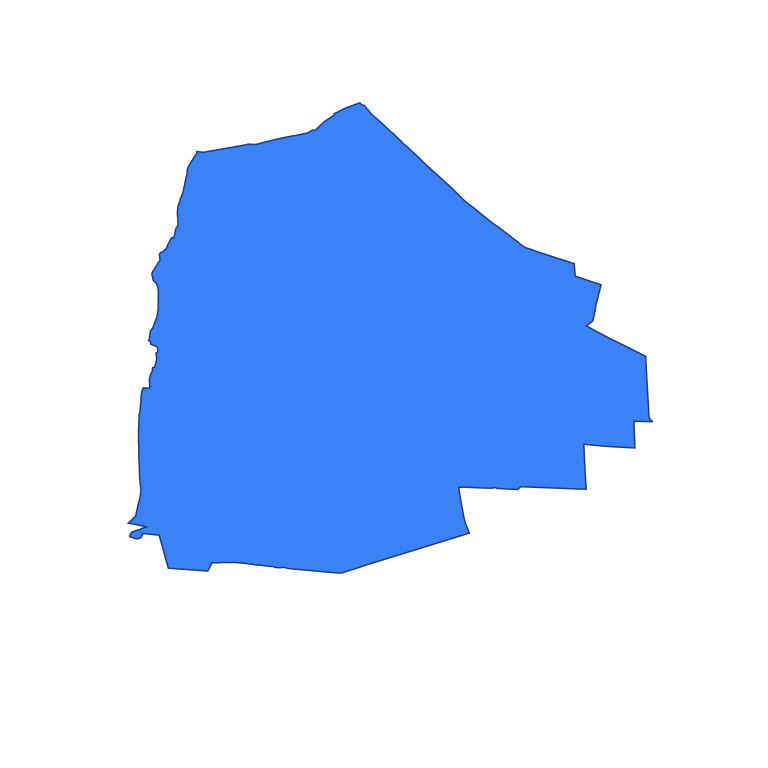 Valea Seaca, Iasi, Romania (Natural Earth projection), rotated 22°
{"feature_id": "2599482B61041984506388", "entity_name": "Valea Seaca", "entity_type": "district", "adm_level": 2, "iso_a3": "ROU", "parent_name": "Romania", "parent_adm1": "Iasi", "projection": "natural_earth1", "projection_center": [26.653, 47.286], "detail": "fine", "context": "isolated", "style": "filled", "palette": "blue", "viewbox_px": 768, "rotation_deg": 22, "n_neighbors": 0, "source": "geoboundaries", "source_scale": "gbopen_adm2", "svg_char_len": 6062}
<svg xmlns="http://www.w3.org/2000/svg" viewBox="0 0 768 768"><g transform="rotate(22 384 384)"><path d="M205.5,620.9L205.9,620.9L206.3,620.8L207.2,620.8L208.4,620.7L209.3,620.6L211.8,620.4L213.3,620.1L213.7,619.7L214.1,619.4L215.9,617.9L216.2,617.1L216.3,616.6L216.4,615.2L216.5,614.5L216.7,612.8L228.9,609.4L232.0,608.2L239.2,617.6L253.0,635.6L290.7,623.5L291.5,614.1L292.8,613.7L294.7,612.9L296.6,612.1L298.5,611.3L300.7,610.2L303.1,609.2L306.0,608.0L308.9,607.0L312.4,605.4L313.2,605.2L314.0,604.9L316.9,604.0L318.4,603.5L320.0,603.2L321.7,602.6L323.1,602.1L324.4,601.8L326.1,601.4L329.1,600.6L330.4,600.3L332.2,600.0L334.1,599.4L335.4,599.0L336.9,598.4L339.1,597.8L341.6,597.2L344.7,596.4L347.1,595.6L348.2,595.3L349.2,595.0L349.7,594.9L350.7,594.8L352.1,594.7L353.8,594.2L355.0,593.8L356.2,593.4L357.5,592.7L358.4,592.1L359.3,591.7L360.4,591.4L361.0,591.3L362.2,591.2L363.2,591.1L363.9,591.0L369.9,589.3L383.3,585.2L395.8,581.5L403.7,579.1L412.4,576.3L414.7,575.5L415.7,574.9L417.6,573.5L419.5,571.7L423.9,568.2L429.4,563.6L436.9,557.1L446.0,549.8L457.1,540.7L478.5,523.3L501.1,504.8L507.6,499.6L515.4,493.2L517.1,491.8L519.0,490.4L511.7,482.6L509.7,480.0L507.9,477.6L504.3,471.8L496.6,459.6L492.1,452.0L492.0,451.8L492.7,451.5L493.7,451.1L494.7,450.5L495.9,450.0L496.9,449.6L497.9,449.2L499.2,448.8L501.2,448.1L503.3,447.4L506.9,446.1L510.7,444.8L512.3,444.2L514.7,443.3L517.3,442.4L519.3,441.7L520.6,441.1L521.9,440.6L523.2,440.1L524.7,439.1L525.6,438.5L526.1,438.3L527.0,438.4L527.6,438.6L547.7,431.7L549.4,427.7L550.3,427.7L553.8,426.4L561.2,423.7L573.2,419.4L585.4,415.0L590.3,413.3L598.6,410.3L604.0,408.4L608.5,406.6L610.9,405.9L602.6,388.5L591.8,365.0L608.8,360.0L613.4,358.6L640.6,349.3L629.7,325.1L633.6,323.5L646.5,318.6L646.8,318.1L643.7,316.9L642.4,316.0L633.8,297.8L624.3,277.6L616.2,260.3L592.8,258.4L583.7,257.7L576.3,257.3L566.2,256.1L558.1,255.3L552.8,254.6L549.7,254.4L550.2,253.7L552.0,250.7L553.5,248.3L553.9,246.5L553.5,244.4L552.4,237.9L551.9,235.3L551.5,233.7L551.3,232.6L550.9,232.7L550.9,232.3L550.4,226.8L550.1,224.5L549.7,222.3L549.4,219.9L548.8,215.6L548.4,212.9L548.1,210.7L520.9,212.4L515.2,201.1L514.4,201.3L507.4,201.7L505.2,201.8L504.1,201.9L500.9,202.2L497.3,202.5L493.2,202.8L489.5,203.0L485.5,203.3L482.8,203.5L479.0,203.8L476.4,203.9L473.8,204.0L471.7,204.1L470.2,204.1L468.1,204.2L467.0,204.3L465.3,204.5L464.5,204.5L463.6,204.4L462.6,204.3L461.2,204.1L459.6,203.7L457.6,203.1L455.0,202.2L451.6,201.3L448.5,200.5L445.7,199.6L438.6,197.7L434.9,196.6L432.7,196.0L431.0,195.6L428.7,195.2L424.3,194.1L420.3,193.0L416.2,191.7L411.0,190.2L402.7,187.5L400.3,186.8L398.8,186.4L396.6,185.9L394.8,185.5L393.5,185.1L389.2,183.6L384.7,181.8L380.3,179.8L373.2,176.9L371.8,176.3L370.7,176.2L369.4,175.4L365.8,174.2L363.7,173.3L362.4,172.8L355.4,170.3L346.7,167.1L343.7,166.0L340.0,164.6L335.6,162.8L332.1,161.3L329.9,160.5L328.1,159.7L326.0,159.0L323.0,157.8L320.2,156.8L316.1,155.2L313.5,154.4L311.5,153.8L310.4,153.2L308.5,152.3L304.9,150.9L303.4,150.4L302.3,149.9L300.8,149.2L299.2,148.5L295.4,147.3L293.3,146.6L292.2,146.2L290.3,145.4L288.2,144.5L284.9,143.2L283.9,142.9L278.9,141.1L274.3,139.5L269.7,137.9L269.1,137.4L268.5,136.9L267.4,136.3L265.8,135.5L264.8,135.1L263.8,134.6L262.5,133.5L261.7,133.1L260.7,133.3L259.4,133.5L258.5,133.3L257.4,132.9L256.2,132.4L248.3,139.5L245.3,142.2L236.5,152.1L237.4,152.9L230.1,163.5L227.0,170.6L225.1,174.9L223.9,175.0L222.8,175.2L221.8,176.4L219.2,179.8L209.5,186.3L207.2,187.7L198.5,193.3L186.7,201.5L176.5,209.2L173.5,210.7L171.0,211.5L168.4,212.4L164.9,214.9L155.6,220.7L149.8,224.3L142.3,229.0L138.1,231.6L135.0,233.5L130.1,236.6L127.6,237.4L126.8,237.7L126.0,237.9L125.3,238.0L124.2,238.3L123.4,238.6L123.4,238.8L123.5,238.9L123.9,240.3L123.7,242.1L123.2,243.8L123.1,244.1L122.7,246.2L122.5,247.5L122.5,248.3L122.1,250.6L122.0,251.0L121.5,253.7L121.3,255.0L121.2,256.2L121.2,257.5L121.2,258.2L121.7,260.2L122.2,261.3L122.6,262.2L122.9,263.9L123.0,265.1L123.1,266.1L123.4,268.3L123.9,271.2L124.4,273.6L125.0,277.2L125.3,278.5L125.7,280.6L125.8,283.3L125.9,285.1L126.0,286.4L125.7,287.4L125.7,288.4L125.9,289.0L126.2,289.3L126.3,291.3L126.4,296.2L126.7,297.3L127.0,298.4L127.4,300.3L128.5,303.1L129.4,305.3L130.5,307.1L131.0,308.0L131.6,309.7L132.5,311.5L133.2,312.9L133.6,314.4L133.4,315.4L132.8,316.8L133.1,319.1L133.4,321.8L133.9,324.3L134.3,326.4L134.1,327.2L132.8,327.6L132.1,328.8L132.0,329.6L131.4,335.4L131.5,338.9L131.0,341.0L130.0,342.9L129.3,344.6L128.3,345.2L127.5,346.0L127.3,347.5L127.4,348.7L128.2,349.8L129.7,352.6L129.8,354.8L129.1,356.3L128.8,359.5L128.2,361.0L128.0,364.2L127.5,365.7L127.3,367.5L127.9,369.6L129.9,372.4L131.3,374.4L133.5,375.2L135.1,375.9L136.7,377.3L138.4,379.5L140.3,382.9L141.1,385.2L143.1,390.3L144.5,393.9L145.1,395.6L145.8,397.3L146.6,399.2L148.3,406.5L148.5,415.4L148.6,419.1L147.9,421.2L147.6,423.0L148.7,426.9L149.4,429.6L149.5,432.0L150.3,432.0L151.8,432.3L152.8,434.5L159.9,434.5L160.6,435.8L161.7,437.7L161.9,438.0L162.1,438.9L161.1,440.6L161.4,441.8L162.4,443.4L163.5,445.1L164.0,446.9L164.5,450.1L165.0,453.7L165.0,454.2L164.9,454.6L164.0,455.0L163.7,455.2L163.3,455.4L163.3,456.0L163.6,456.9L163.8,457.3L164.4,457.6L164.0,461.5L164.2,463.6L164.3,466.1L165.2,468.8L166.5,471.5L167.8,474.2L168.3,475.8L162.3,477.6L162.7,478.7L162.0,480.4L162.6,482.9L162.8,484.0L163.1,485.3L163.3,485.9L163.6,486.6L163.9,487.7L165.2,491.4L166.5,495.9L168.0,500.7L168.7,505.4L169.3,506.3L171.1,511.4L173.3,517.7L174.4,520.6L177.0,526.9L179.0,531.6L179.8,533.3L180.4,534.8L183.9,543.2L187.7,551.6L189.6,555.8L190.7,558.4L192.1,561.5L192.7,562.5L195.5,568.2L197.1,570.9L197.9,572.4L198.7,574.1L199.2,576.1L199.9,578.9L200.3,581.2L200.9,585.1L201.3,588.1L201.7,590.4L202.1,593.2L202.6,596.5L203.2,598.7L203.1,599.6L202.7,600.4L202.3,601.5L201.7,603.0L201.1,604.3L200.5,605.8L199.9,607.0L199.4,608.0L199.1,608.8L199.4,608.7L218.2,605.1L216.6,606.1L215.2,607.3L213.8,608.4L211.8,610.6L210.1,611.9L209.1,612.8L207.8,613.9L206.5,615.1L205.5,616.2L205.3,617.0L205.3,618.8L205.3,619.1L205.5,620.9Z" fill="#3b82f6" stroke="#1e3a8a" stroke-width="1.5"/></g></svg>